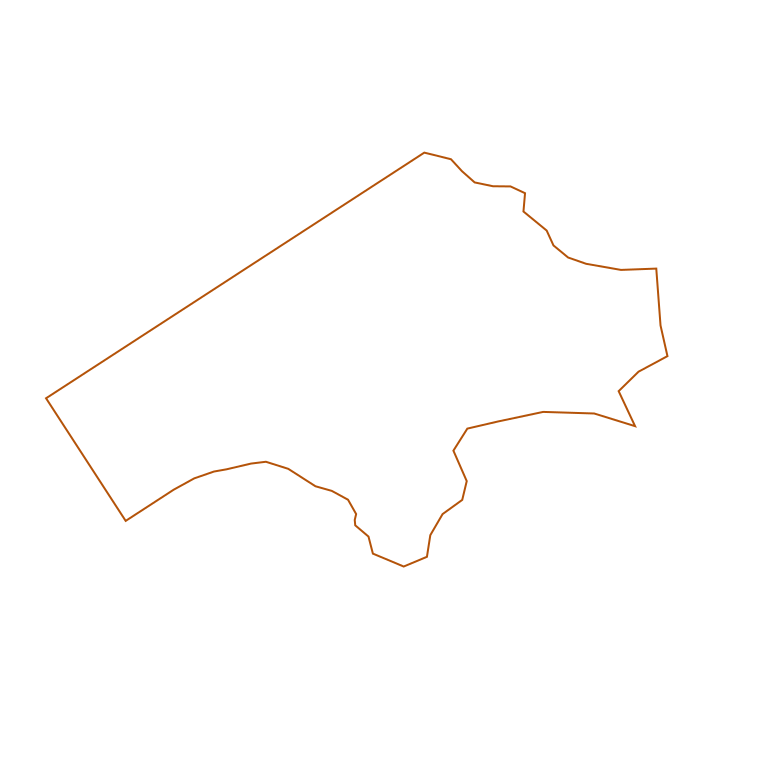 the border of Rakai, rotated 147°
{"feature_id": "UGA-3361", "entity_name": "Rakai", "entity_type": "District", "adm_level": 1, "iso_a3": "UGA", "parent_name": "Uganda", "parent_adm1": "", "projection": "mercator", "projection_center": [31.493, -0.733], "detail": "fine", "context": "isolated", "style": "outline", "palette": "amber", "viewbox_px": 768, "rotation_deg": 147, "n_neighbors": 0, "source": "natural_earth", "source_scale": "10m", "svg_char_len": 801}
<svg xmlns="http://www.w3.org/2000/svg" viewBox="0 0 768 768"><g transform="rotate(147 384 384)"><path d="M675.2,556.1L561.5,556.1L444.6,556.1L327.6,556.1L224.2,556.1L217.5,549.0L205.4,536.0L202.7,520.0L198.2,503.7L184.9,490.5L170.3,480.8L161.8,467.2L173.1,452.7L164.0,424.1L166.4,407.9L160.7,389.8L149.0,374.7L123.1,350.6L92.8,332.5L120.2,282.5L131.1,253.0L163.8,255.7L191.1,250.2L196.4,211.9L223.8,244.8L265.7,273.9L308.6,290.4L338.4,301.2L362.1,290.3L367.5,257.5L381.5,244.2L405.7,243.0L427.5,232.0L442.1,215.7L466.9,220.2L485.7,247.8L480.1,264.5L485.1,281.1L482.6,285.9L478.2,290.1L477.2,306.5L486.0,322.8L497.2,335.6L510.5,365.0L525.4,383.1L538.9,389.7L562.5,398.2L574.3,403.2L594.5,408.2L618.0,409.9L675.2,409.9L675.2,556.0L675.2,556.1Z" fill="none" stroke="#b45309" stroke-width="2"/></g></svg>